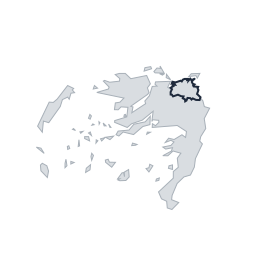 Ipeiros highlighted on a map of Greece, rotated 120°
{"feature_id": "GRC-2949", "entity_name": "Ipeiros", "entity_type": "Region", "adm_level": 1, "iso_a3": "GRC", "parent_name": "Greece", "parent_adm1": "", "projection": "natural_earth1", "projection_center": [20.643, 39.638], "detail": "coarse", "context": "in_parent", "style": "outline", "palette": "slate", "viewbox_px": 256, "rotation_deg": 120, "n_neighbors": 0, "source": "natural_earth", "source_scale": "10m", "svg_char_len": 4254}
<svg xmlns="http://www.w3.org/2000/svg" viewBox="0 0 256 256"><g transform="rotate(120 128 128)"><path d="M167.2,46.8L176.6,49.2L177.6,54.0L172.1,57.9L172.6,63.6L168.1,69.6L148.8,63.7L143.0,67.0L136.9,64.8L129.5,70.2L123.4,69.6L125.4,77.5L132.1,79.6L134.6,84.0L126.3,78.9L122.8,79.6L127.4,84.8L127.1,88.3L121.6,82.1L117.1,81.2L117.2,84.7L121.9,88.5L116.5,87.7L114.9,82.3L106.9,77.9L107.4,73.4L101.8,75.6L101.2,86.6L115.4,107.3L112.1,109.0L112.2,105.3L107.6,104.1L106.0,105.3L107.0,107.4L108.5,110.7L110.4,110.6L100.9,114.6L114.1,119.6L122.5,127.0L127.9,128.9L129.8,142.4L128.2,143.2L119.0,134.6L110.1,138.4L113.2,144.6L117.1,145.6L118.9,148.9L112.6,151.5L109.7,147.9L104.1,146.5L112.8,172.8L104.1,164.5L102.0,164.8L99.7,172.8L98.5,172.1L97.5,166.7L91.7,158.8L89.3,159.8L88.1,165.8L85.1,162.8L82.1,157.6L83.9,150.2L73.2,138.1L78.6,130.7L83.5,131.3L86.7,127.6L89.1,127.8L107.8,136.5L107.3,134.2L112.9,132.3L98.1,124.9L96.2,126.9L89.4,125.6L79.9,127.8L77.2,123.8L76.6,126.5L74.3,127.2L66.3,114.5L72.9,114.0L73.0,110.7L66.5,111.3L57.4,103.6L51.6,94.5L56.4,95.2L58.9,92.2L57.6,88.0L64.2,84.7L67.0,76.8L71.3,72.6L70.0,67.2L81.7,66.7L89.6,60.4L99.1,60.7L103.5,59.3L104.6,55.6L120.8,54.3L128.7,51.0L137.5,50.4L142.4,55.1L151.5,57.7L164.3,56.1L168.3,54.4L167.2,46.8ZM126.4,194.8L132.5,193.3L131.4,195.7L136.2,199.0L143.3,197.4L163.0,199.3L164.3,204.7L174.5,200.1L171.6,207.2L145.0,209.2L143.2,205.5L138.4,203.8L121.4,201.5L120.9,194.8L122.9,195.3L124.1,191.9L126.4,194.8ZM114.1,110.7L119.3,115.9L130.9,119.9L133.9,130.2L139.5,131.9L139.8,135.0L135.6,135.0L129.3,126.1L121.8,124.8L114.1,116.2L106.7,114.6L114.1,110.7ZM174.5,103.6L177.8,108.8L178.0,110.7L176.1,109.7L177.3,111.6L169.9,110.8L168.8,109.5L171.9,106.7L168.1,109.2L163.7,106.7L169.8,102.5L174.5,103.6ZM203.9,185.3L201.4,184.6L201.3,179.4L205.0,175.3L211.2,173.1L208.6,182.0L203.9,185.3ZM168.9,130.2L167.1,131.6L165.0,129.6L166.9,127.0L164.0,121.7L170.1,122.5L168.9,130.2ZM62.4,124.1L66.7,132.1L66.2,133.8L61.6,132.9L60.2,129.8L58.3,131.2L62.4,124.1ZM53.1,101.1L49.4,100.4L44.8,93.1L50.2,92.9L48.7,95.4L53.1,101.1ZM155.6,87.9L154.1,92.1L152.0,90.0L148.5,91.0L148.3,87.5L155.6,87.9ZM183.2,140.0L187.7,142.5L183.7,144.0L178.5,142.1L183.2,140.0ZM142.7,72.8L140.2,73.6L137.7,71.0L141.6,68.7L142.7,72.8ZM64.9,137.2L70.7,142.5L67.3,143.5L63.5,139.0L64.9,137.2ZM158.8,160.3L157.1,161.2L155.2,157.8L158.4,154.8L158.8,160.3ZM147.1,137.8L147.3,142.9L142.2,136.4L147.1,137.8ZM191.9,187.9L190.4,197.8L189.0,193.3L191.9,187.9ZM65.3,120.1L62.2,121.5L64.9,115.2L65.3,120.1ZM111.6,177.6L108.0,178.3L108.7,174.3L111.6,177.6ZM186.1,166.1L191.2,162.0L193.9,162.7L190.0,164.9L186.1,166.1ZM168.0,146.8L169.0,144.2L174.1,143.3L171.3,145.8L168.0,146.8ZM152.8,155.9L152.1,159.7L150.3,158.7L152.8,155.9ZM152.4,144.3L151.1,146.4L148.0,143.2L152.4,144.3ZM141.4,116.0L138.8,116.5L137.7,111.9L139.2,112.9L141.4,116.0ZM160.1,77.3L158.0,77.9L155.6,75.9L157.9,75.1L160.1,77.3ZM139.3,165.2L139.3,167.1L135.3,167.8L135.9,165.7L139.3,165.2ZM168.9,161.9L162.7,164.6L167.7,161.0L168.9,161.9ZM136.5,143.9L134.3,146.8L136.0,143.1L136.5,143.9ZM157.1,148.2L154.1,149.6L154.1,147.7L157.1,148.2ZM176.7,169.5L174.3,171.3L173.0,170.4L174.9,168.2L176.7,169.5ZM187.8,159.5L185.5,160.8L184.8,157.4L187.8,159.5ZM138.1,149.7L136.1,152.0L137.1,148.1L138.1,149.7ZM65.0,124.6L65.2,127.8L63.5,123.9L65.0,124.6ZM156.2,166.3L155.4,167.7L153.4,165.3L156.2,166.3ZM124.1,108.7L121.9,109.2L120.5,106.5L124.1,108.7ZM120.0,137.3L118.4,137.8L117.5,137.1L118.7,135.7L120.0,137.3ZM139.1,154.9L137.1,156.3L137.4,155.0L139.1,154.9ZM156.4,172.2L156.9,175.4L155.7,174.9L156.4,172.2ZM143.7,160.7L142.0,160.5L142.1,159.0L143.7,160.7Z" fill="#d9dde1" stroke="#a8b0b8" stroke-width="1"/><path d="M59.9,86.0L64.0,85.2L65.1,80.6L68.0,80.0L69.7,83.2L70.0,86.7L71.6,87.2L71.0,88.9L72.2,91.5L75.0,91.1L76.3,91.8L74.7,93.0L74.9,95.4L72.9,95.7L73.9,97.9L74.2,101.4L78.1,104.8L77.2,106.6L77.7,107.8L75.5,109.1L72.4,109.3L71.9,111.2L68.9,109.6L68.6,110.6L67.8,110.6L67.0,108.8L65.9,111.0L67.5,112.3L65.7,112.7L64.8,109.7L60.8,106.1L60.8,104.7L58.6,104.6L57.2,103.5L55.7,100.9L56.7,100.7L55.7,99.7L56.7,99.3L54.2,98.8L55.1,96.5L51.6,94.8L55.1,96.2L56.3,95.6L57.3,94.0L57.0,92.2L58.7,92.7L59.2,91.9L57.3,87.8L58.8,87.6L59.9,86.0Z" fill="none" stroke="#1e293b" stroke-width="2"/></g></svg>